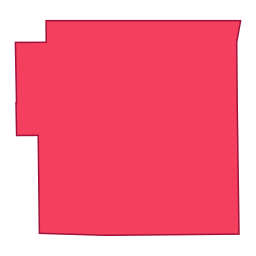 Bond, Illinois, United States of America
{"feature_id": "52423323B7172097190343", "entity_name": "Bond", "entity_type": "district", "adm_level": 2, "iso_a3": "USA", "parent_name": "United States of America", "parent_adm1": "Illinois", "projection": "orthographic", "projection_center": [-89.477, 38.884], "detail": "fine", "context": "isolated", "style": "filled", "palette": "rose", "viewbox_px": 256, "rotation_deg": 0, "n_neighbors": 0, "source": "geoboundaries", "source_scale": "gbopen_adm2", "svg_char_len": 286}
<svg xmlns="http://www.w3.org/2000/svg" viewBox="0 0 256 256"><path d="M240.6,20.7L46.1,20.7L46.2,42.3L15.4,42.4L16.5,102.6L16.0,102.6L16.6,135.5L38.2,135.4L39.4,233.3L106.5,235.3L239.0,234.1L237.2,103.3L236.7,42.3L240.6,20.7Z" fill="#f43f5e" stroke="#9f1239" stroke-width="1.5"/></svg>